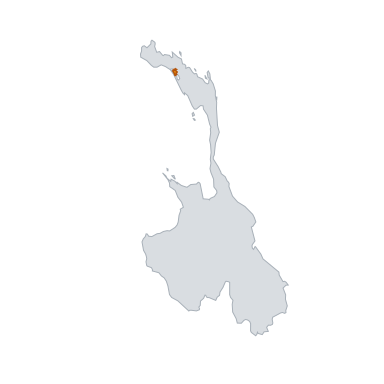 Pak Phayun, Thailand shown in context, rotated 163°
{"feature_id": "78962969B11812729202220", "entity_name": "Pak Phayun", "entity_type": "district", "adm_level": 2, "iso_a3": "THA", "parent_name": "Thailand", "parent_adm1": "", "projection": "equal_earth", "projection_center": [100.293, 7.38], "detail": "fine", "context": "in_parent", "style": "filled", "palette": "amber", "viewbox_px": 384, "rotation_deg": 163, "n_neighbors": 0, "source": "geoboundaries", "source_scale": "gbopen_adm2", "svg_char_len": 4718}
<svg xmlns="http://www.w3.org/2000/svg" viewBox="0 0 384 384"><g transform="rotate(163 192 192)"><path d="M170.1,37.4L170.4,38.8L171.6,36.9L173.1,35.9L176.3,40.3L176.6,42.1L174.4,49.0L174.7,51.4L176.2,53.3L177.9,54.4L179.8,54.1L183.2,52.1L187.0,53.4L186.8,58.0L188.2,65.3L186.4,72.8L184.5,76.5L185.9,79.8L186.0,82.8L182.4,94.5L183.1,95.4L185.5,96.7L186.4,96.3L190.3,91.7L194.5,88.1L195.9,85.1L198.6,84.1L201.0,81.4L206.6,86.1L208.0,86.5L208.8,87.3L209.1,89.3L209.8,89.6L212.0,86.9L215.8,85.2L217.3,81.1L219.1,80.0L218.9,78.0L219.5,77.2L222.6,77.0L227.4,79.2L229.0,79.6L229.8,79.1L237.4,92.1L242.3,97.1L243.5,100.5L242.5,109.2L242.6,114.2L243.7,118.0L245.8,120.7L247.3,124.5L253.0,128.1L252.5,129.1L252.9,131.5L256.5,134.2L256.8,135.1L256.4,138.7L254.8,141.4L254.5,143.6L254.5,146.3L255.4,150.4L254.4,158.9L252.3,161.4L249.6,163.1L248.1,165.4L247.0,164.8L246.4,162.4L243.4,161.1L237.6,162.3L234.7,161.8L230.9,162.6L227.1,162.3L224.8,161.3L218.5,163.1L215.9,164.8L214.0,167.3L211.2,173.5L208.3,177.4L208.3,179.0L204.7,179.9L204.9,185.3L207.0,191.1L207.6,198.4L211.7,203.6L210.9,207.2L211.4,210.8L214.6,218.9L212.3,215.1L211.8,212.4L209.2,208.4L208.3,210.4L205.2,207.3L203.8,204.3L203.4,205.6L200.3,201.4L197.1,199.1L195.4,198.0L191.0,199.5L185.4,198.3L183.2,199.5L182.3,198.8L181.8,197.5L183.3,182.2L178.5,180.3L177.6,179.3L176.6,180.5L171.9,181.1L168.4,183.9L168.0,186.2L169.6,190.4L167.6,198.0L168.2,205.1L168.0,209.0L165.5,214.0L164.9,218.0L162.2,224.1L160.4,231.9L160.0,236.4L156.8,243.2L156.0,247.1L154.9,248.5L155.3,251.6L154.8,261.0L156.8,267.9L156.2,271.1L158.5,272.2L163.7,270.0L165.5,270.6L166.6,274.3L167.9,285.5L170.2,289.0L170.7,287.3L171.7,289.1L172.5,292.4L175.3,310.1L176.8,314.7L175.1,313.6L174.2,308.0L172.6,307.8L173.1,304.2L172.2,303.0L170.6,304.0L170.7,306.8L174.8,315.6L177.4,315.8L180.7,319.7L184.3,322.6L188.8,321.6L192.0,322.5L193.8,324.9L196.8,330.9L201.6,335.9L200.9,339.0L199.0,341.5L198.0,344.8L196.7,345.8L194.9,345.8L192.9,343.1L188.1,345.6L187.1,348.2L185.9,348.9L183.7,346.0L183.9,344.4L185.2,342.0L184.9,335.9L182.0,335.8L180.1,331.2L179.5,330.8L178.1,331.5L173.6,329.3L172.3,326.4L170.9,326.7L170.0,331.6L166.0,325.0L163.2,322.3L163.6,317.3L161.8,316.3L161.0,314.9L161.7,312.0L159.1,312.4L157.9,311.6L156.4,306.3L155.1,304.2L153.4,304.2L152.9,303.2L153.0,300.6L148.8,296.9L147.5,292.7L145.5,290.8L144.2,291.3L143.0,294.3L142.0,294.2L141.1,293.3L140.1,289.1L140.1,281.7L141.5,277.4L142.2,270.5L144.2,264.7L148.2,247.9L148.4,241.2L155.3,231.8L159.9,220.9L161.4,219.3L162.0,217.3L159.6,208.6L158.6,202.6L158.7,201.0L155.8,196.9L155.1,192.2L154.3,190.8L154.0,189.2L155.1,186.5L154.5,176.2L151.3,169.1L145.6,162.6L140.5,152.9L139.9,149.5L139.7,144.7L143.8,141.4L145.5,141.2L146.1,126.8L149.6,124.1L150.4,122.9L150.7,120.5L149.9,119.1L147.6,121.4L147.2,120.9L144.3,112.4L143.7,107.3L132.3,90.0L132.9,87.1L131.2,79.7L129.6,79.6L128.4,78.2L127.2,74.9L129.4,75.4L133.0,73.5L132.5,66.3L134.0,62.1L134.2,55.2L137.0,51.2L137.4,49.2L138.9,48.9L140.8,50.4L142.9,50.4L151.4,48.7L152.5,46.9L153.0,43.1L153.8,41.9L155.7,41.6L157.9,42.3L160.2,40.8L159.8,36.4L163.9,37.2L166.5,35.1L170.1,37.4ZM143.2,296.3L142.6,301.8L141.0,303.0L140.4,299.7L141.4,294.6L141.9,295.8L143.2,296.3ZM169.2,264.2L169.0,266.9L167.5,267.7L167.1,264.8L169.2,264.2ZM204.8,209.7L206.6,213.4L204.5,213.1L204.2,209.5L204.8,209.7ZM162.7,329.9L161.8,328.3L162.6,325.7L163.3,328.8L162.7,329.9ZM145.9,296.9L145.5,299.9L144.7,295.8L145.9,296.9ZM169.3,261.8L168.5,261.5L167.8,259.8L168.8,259.8L169.3,261.8ZM152.9,306.0L153.8,309.5L152.8,307.8L152.9,306.0ZM209.4,219.6L209.1,221.8L208.2,220.9L208.8,219.3L209.4,219.6ZM141.3,275.0L140.3,275.9L141.1,273.8L141.3,275.0Z" fill="#d9dde1" stroke="#a8b0b8" stroke-width="1"/><path d="M171.1,311.2L171.5,311.8L171.7,312.0L172.0,312.5L172.1,312.9L172.2,313.0L171.9,313.1L171.8,313.3L171.7,313.3L171.5,313.5L171.4,313.7L171.4,313.8L171.3,314.0L171.2,314.0L171.3,314.1L171.5,314.0L171.8,314.0L171.9,314.3L172.0,314.4L172.0,314.5L172.2,314.4L172.3,314.4L172.5,314.4L172.7,314.5L172.8,314.5L172.8,314.4L173.0,314.4L173.1,314.6L173.3,314.6L173.4,314.4L173.5,314.3L173.5,314.2L173.5,313.9L173.5,313.7L173.8,313.6L173.8,313.4L173.8,313.2L174.0,313.1L174.1,312.9L174.1,313.0L174.2,313.3L174.2,313.5L174.3,313.7L174.3,313.8L174.5,314.0L174.6,313.9L174.6,313.7L174.8,313.6L174.9,313.4L174.9,313.1L174.9,312.9L174.8,312.7L174.7,312.5L174.6,312.3L174.6,312.2L174.6,311.8L174.5,311.5L174.5,311.4L174.5,311.1L174.4,311.0L174.4,310.9L174.2,310.7L174.3,308.9L174.2,308.6L173.8,308.3L173.0,308.8L172.9,308.9L172.8,309.0L172.4,309.0L172.5,309.3L172.6,310.2L172.2,310.7L171.9,310.7L171.7,310.7L171.7,310.8L171.6,311.0L171.4,311.0L171.1,311.1L171.1,311.2Z" fill="#f59e0b" stroke="#b45309" stroke-width="1.5"/></g></svg>